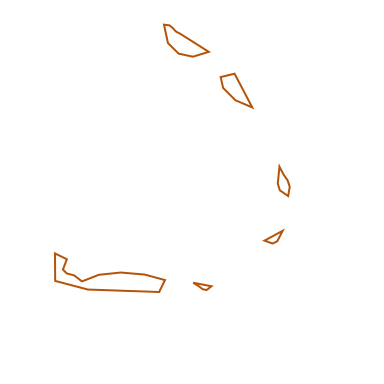 an SVG outline of Addu, rotated 296°
{"feature_id": "MDV-5243", "entity_name": "Addu", "entity_type": "City", "adm_level": 1, "iso_a3": "MDV", "parent_name": "Maldives", "parent_adm1": "", "projection": "orthographic", "projection_center": [73.171, -0.633], "detail": "fine", "context": "isolated", "style": "outline", "palette": "amber", "viewbox_px": 384, "rotation_deg": 296, "n_neighbors": 0, "source": "natural_earth", "source_scale": "10m", "svg_char_len": 743}
<svg xmlns="http://www.w3.org/2000/svg" viewBox="0 0 384 384"><g transform="rotate(296 192 192)"><path d="M63.4,132.3L76.7,144.5L88.4,163.3L97.0,185.5L101.0,206.3L87.7,206.3L58.7,141.2L52.1,108.0L76.7,95.8L76.7,109.0L65.7,110.0L63.9,115.1L65.4,122.8L63.4,132.3ZM329.0,112.6L325.3,145.6L314.0,133.5L310.5,119.3L315.3,105.1L330.1,93.5L331.9,98.7L330.9,102.9L329.2,107.1L329.0,112.6ZM317.0,178.4L294.4,209.1L293.5,190.8L299.2,174.3L307.9,167.4L317.0,178.4ZM253.1,259.5L247.9,266.5L244.4,272.8L239.5,277.6L230.5,280.2L232.0,270.2L237.2,265.4L253.1,259.5ZM180.1,278.5L196.9,290.5L185.0,290.2L181.0,287.0L180.1,278.5ZM111.0,232.9L115.8,250.8L110.3,248.1L109.3,244.2L110.3,239.2L111.0,232.9Z" fill="none" stroke="#b45309" stroke-width="2"/></g></svg>